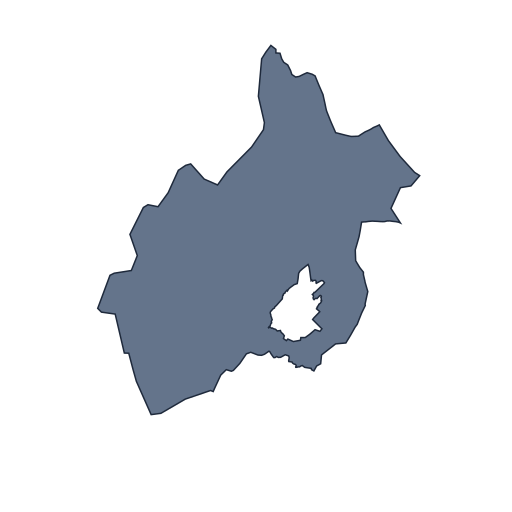 outline of Bosso, Niger, Nigeria, rotated 30°
{"feature_id": "59680162B93998087230069", "entity_name": "Bosso", "entity_type": "district", "adm_level": 2, "iso_a3": "NGA", "parent_name": "Nigeria", "parent_adm1": "Niger", "projection": "equal_earth", "projection_center": [6.502, 9.642], "detail": "fine", "context": "isolated", "style": "filled", "palette": "slate", "viewbox_px": 512, "rotation_deg": 30, "n_neighbors": 0, "source": "geoboundaries", "source_scale": "gbopen_adm2", "svg_char_len": 4090}
<svg xmlns="http://www.w3.org/2000/svg" viewBox="0 0 512 512"><g transform="rotate(30 256 256)"><path d="M286.7,394.8L286.3,391.2L285.2,379.0L285.0,376.8L285.4,375.4L287.1,369.3L292.3,368.1L293.6,366.4L295.7,357.1L296.6,345.5L299.6,342.0L307.2,340.8L310.5,339.2L312.5,336.8L314.8,332.0L315.6,331.9L318.5,333.5L322.1,335.1L323.2,334.5L324.2,332.7L326.0,332.7L328.0,331.4L330.7,326.9L334.3,326.2L335.6,327.5L336.7,330.5L337.2,331.0L340.2,329.8L341.1,330.4L342.5,330.6L344.4,330.2L345.2,330.5L345.5,330.7L345.8,331.3L345.8,332.2L346.1,332.5L346.7,332.2L348.0,330.9L349.2,330.2L349.8,328.9L350.8,327.7L353.8,328.1L360.0,325.7L360.9,326.7L363.6,326.6L363.5,320.9L365.9,317.0L362.2,308.9L368.9,292.3L377.3,286.4L377.5,277.5L377.4,268.1L377.8,264.6L377.1,260.1L376.0,252.5L375.4,244.2L374.5,243.1L370.6,230.9L363.6,224.2L362.7,223.1L358.4,218.5L357.1,216.3L353.8,215.0L351.6,214.1L350.5,213.5L348.5,212.4L344.7,210.3L339.0,201.2L338.9,201.0L337.1,193.7L335.6,187.8L333.5,181.8L330.5,173.9L332.1,172.7L334.0,171.5L336.0,169.9L337.6,168.8L339.3,167.6L341.5,166.5L343.8,165.3L345.9,164.3L348.0,163.2L350.2,161.9L351.9,160.2L354.4,158.7L356.9,157.7L360.0,156.3L362.7,155.4L364.5,155.2L349.1,147.3L346.9,124.6L355.2,117.8L357.6,104.6L351.5,104.3L331.1,97.8L313.0,89.9L297.2,80.8L296.7,81.6L295.9,82.8L293.4,86.1L292.4,88.1L291.3,89.9L290.0,91.8L288.5,93.8L286.0,98.6L284.8,101.0L283.1,102.1L279.6,104.3L278.6,104.9L277.1,105.4L273.2,106.6L265.3,108.8L263.3,109.4L261.6,108.1L254.4,102.8L253.5,102.1L252.3,101.2L246.1,96.3L244.4,94.9L242.6,93.0L239.4,89.4L238.3,88.2L234.9,84.5L233.3,82.7L231.5,81.4L225.0,76.6L218.8,71.8L217.2,70.5L215.5,70.5L213.7,70.5L213.3,70.6L210.3,71.3L208.6,71.7L206.2,75.0L203.6,78.9L200.8,81.2L196.3,80.9L193.3,78.2L188.0,74.7L183.2,74.4L179.7,72.4L175.4,68.4L171.7,70.2L169.9,67.1L163.6,66.2L162.6,74.5L162.3,82.4L178.2,116.5L196.6,136.3L199.3,142.9L197.7,163.8L188.8,197.6L187.2,213.7L172.7,215.3L153.4,208.9L149.8,212.6L145.9,220.6L148.3,245.1L146.5,262.3L136.8,265.6L134.2,270.3L136.0,300.3L153.0,315.0L155.3,330.9L141.8,341.8L139.2,345.7L145.1,380.5L150.2,381.9L163.1,376.7L190.5,405.9L194.4,403.8L206.6,416.1L215.0,424.3L244.5,445.8L252.3,439.8L266.3,415.3L283.9,395.2L286.7,394.8ZM335.6,304.2L336.6,306.8L331.1,311.4L325.1,312.0L324.6,314.1L321.1,313.8L320.4,310.9L318.0,309.9L316.6,309.7L315.4,309.2L314.8,308.7L314.4,308.3L313.4,309.1L311.9,310.3L309.6,309.7L308.0,310.1L307.4,310.3L306.4,310.1L305.5,310.8L304.4,310.6L303.4,310.8L302.9,311.9L302.6,311.8L302.7,310.5L303.2,309.5L302.7,307.1L302.7,306.7L303.0,306.3L302.8,305.8L302.1,305.2L301.9,304.6L301.9,303.1L300.7,302.1L300.0,301.3L299.2,300.9L298.2,299.5L296.7,298.2L296.4,296.9L297.2,293.2L297.8,292.2L298.0,291.8L297.7,290.7L298.3,289.0L298.4,288.7L300.2,280.0L299.6,278.6L299.1,277.4L299.0,277.1L298.9,276.5L299.2,276.2L298.8,275.0L299.2,274.2L299.6,273.7L299.4,272.6L300.0,270.1L300.7,270.5L300.8,268.5L300.9,267.5L301.1,267.1L301.9,265.1L302.5,263.8L303.2,262.1L303.3,261.8L305.5,259.3L303.9,254.9L301.6,249.7L301.6,247.2L302.7,243.8L305.3,237.3L306.1,237.9L307.8,239.3L311.1,243.5L314.3,247.7L316.0,249.8L316.3,248.9L316.9,249.4L317.1,249.4L317.4,249.2L317.5,249.3L317.6,249.1L317.7,248.9L317.8,248.9L317.8,248.7L318.0,248.6L318.2,248.3L318.5,248.0L318.9,247.8L319.8,247.3L321.1,248.2L321.4,249.3L321.9,249.5L324.8,244.7L326.2,244.0L327.6,244.5L328.6,244.8L328.7,245.8L325.8,255.9L325.2,257.9L324.9,258.4L324.5,258.5L324.5,259.2L324.5,259.7L324.4,260.1L324.0,261.1L324.6,261.3L325.3,261.4L326.2,262.6L326.3,263.7L327.3,264.6L328.1,264.8L328.6,263.1L329.2,262.6L330.1,262.4L331.0,258.5L331.6,257.9L332.4,258.0L332.6,258.1L332.8,258.2L332.9,258.5L333.0,259.1L332.8,259.1L332.8,259.3L333.3,259.6L334.4,261.2L334.5,261.5L334.6,261.9L335.0,261.7L335.3,262.1L335.4,263.7L335.4,264.4L335.3,264.8L334.9,265.5L334.7,266.1L334.8,266.1L334.8,266.4L334.5,269.8L334.9,269.9L334.8,271.5L336.5,271.8L338.1,272.1L339.1,272.4L337.1,280.4L336.9,281.7L336.8,282.7L349.5,286.1L349.0,289.3L344.0,290.3L341.7,296.8L341.2,298.0L339.4,302.0L337.2,303.3L335.6,304.2Z" fill="#64748b" stroke="#1e293b" stroke-width="1.5"/></g></svg>